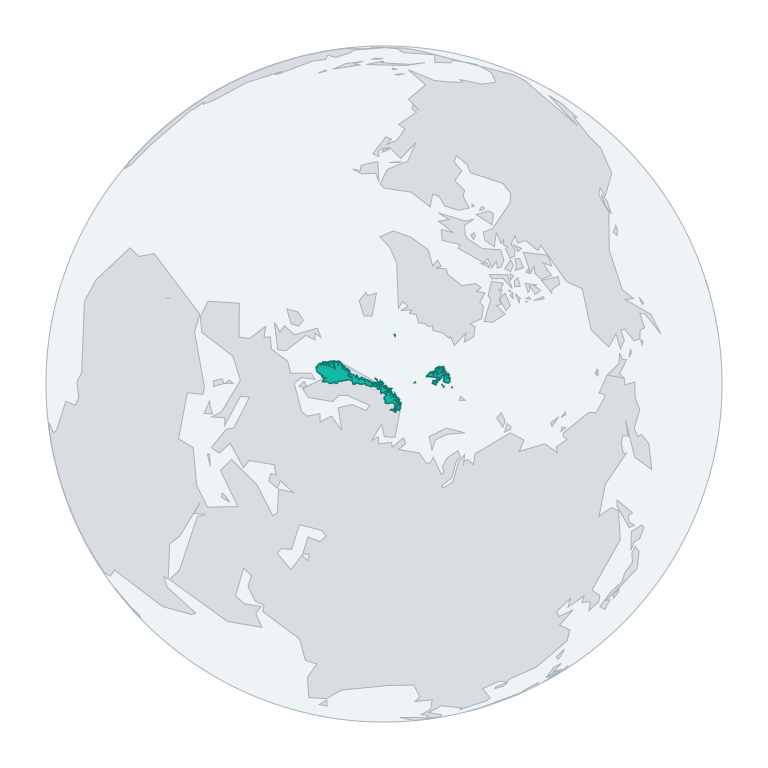 globe centered on Norway, rotated 79°
{"feature_id": "NOR", "entity_name": "Norway", "entity_type": "country or territory", "adm_level": 0, "iso_a3": "NOR", "parent_name": "Europe", "parent_adm1": "", "projection": "orthographic", "projection_center": [16.239, 69.249], "detail": "fine", "context": "on_globe", "style": "filled", "palette": "teal", "viewbox_px": 768, "rotation_deg": 79, "n_neighbors": 0, "source": "natural_earth", "source_scale": "50m", "svg_char_len": 17261}
<svg xmlns="http://www.w3.org/2000/svg" viewBox="0 0 768 768"><g transform="rotate(79 384 384)"><circle cx="384" cy="384" r="338" fill="#eef3f6" stroke="#a8b0b8"/><path d="M47.5,353.1L47.4,357.4L50.6,342.6L51.9,333.9L51.3,330.1L58.3,299.2L64.5,283.5L105.4,197.6L113.8,186.9L120.5,182.1L167.3,144.7L131.7,167.5L143.5,155.5L159.3,143.7L158.0,146.9L178.7,136.3L193.8,126.2L220.6,120.2L242.0,131.2L232.5,134.4L238.8,137.0L251.0,133.4L257.6,130.4L295.6,137.4L336.9,132.1L347.8,122.8L347.1,131.1L366.5,108.8L387.5,102.7L364.9,114.4L363.6,119.4L378.5,117.5L380.3,122.3L388.6,124.3L389.4,130.3L376.2,137.1L376.5,141.3L387.1,139.7L394.6,145.1L379.0,146.7L390.5,156.3L370.5,170.3L328.3,171.2L318.2,185.3L277.7,203.6L282.5,207.5L270.2,217.4L271.2,225.8L263.4,227.1L270.9,232.7L277.8,229.9L283.5,231.5L284.7,236.3L274.9,238.7L272.9,236.7L270.7,239.9L265.3,239.1L268.7,242.2L256.7,244.9L270.2,249.4L262.1,257.6L253.7,257.4L252.5,248.0L230.0,225.6L221.2,223.2L209.9,228.9L193.0,259.0L184.1,260.6L173.5,269.5L179.3,272.7L189.7,267.0L197.9,275.7L209.6,268.0L214.6,270.6L227.5,266.9L227.7,277.7L220.9,290.3L210.3,294.1L207.0,300.0L218.9,304.9L200.8,320.7L191.8,346.5L186.9,349.6L174.1,339.9L169.6,317.9L153.0,306.7L165.9,324.6L153.3,332.8L152.2,338.8L154.1,344.7L159.7,345.8L155.9,351.0L141.7,335.0L145.0,330.0L149.4,335.0L147.2,324.9L137.6,314.8L132.0,320.1L123.4,300.3L119.3,304.0L115.1,302.0L122.2,297.3L109.2,305.6L98.2,286.0L80.3,300.1L95.6,276.9L99.6,263.8L102.9,249.3L99.8,251.2L108.4,230.4L109.1,216.6L98.9,219.0L87.7,232.6L79.3,254.6L81.5,257.2L78.1,272.5L70.3,271.7L62.6,301.4L57.5,306.8L53.9,319.4L52.5,332.5L50.4,349.3L52.4,354.8L54.2,369.0L50.5,376.4L54.4,379.3L53.4,392.2L59.1,425.7L57.7,424.7L61.9,461.4L72.5,495.5L74.9,507.8L73.1,507.3L78.1,518.7L78.3,521.0L103.5,565.5L120.8,591.3L123.3,597.6L115.8,589.6L101.2,569.0L88.2,547.4L76.9,524.9L67.2,501.7L59.3,477.8L53.3,453.3L49.0,428.5L46.6,403.4L46.1,378.2L47.5,353.1ZM343.7,48.5L345.3,48.3L344.7,48.4L343.6,48.5L343.7,48.5ZM348.3,48.0L345.7,48.3L348.7,47.9L348.3,48.0ZM353.1,47.5L350.5,47.8L350.8,47.7L353.1,47.5ZM75.4,302.3L67.0,340.3L66.9,322.6L67.8,325.1L71.0,314.5L75.2,297.2L76.4,282.3L75.4,302.3ZM360.5,47.0L362.4,46.9L360.0,47.1L360.5,47.0ZM82.6,310.4L83.6,304.4L83.3,309.8L82.6,310.4ZM260.2,128.4L251.1,132.8L239.3,134.5L246.7,130.2L260.2,128.4ZM282.8,126.7L279.0,130.0L272.4,126.2L276.6,125.5L282.8,126.7ZM355.3,115.2L347.5,117.0L354.4,113.7L355.3,115.2ZM389.6,123.5L391.2,121.5L394.8,123.4L389.6,123.5ZM226.5,261.2L226.9,264.0L224.3,263.2L226.5,261.2ZM231.6,257.1L228.3,254.3L230.2,251.9L232.2,253.7L231.6,257.1ZM399.4,134.5L404.7,138.3L397.0,135.6L399.4,134.5ZM235.3,261.2L234.1,248.1L237.6,244.0L248.2,247.6L235.3,261.2ZM406.3,141.3L419.2,150.9L424.0,147.2L417.9,163.3L408.9,149.7L398.7,146.7L405.4,145.3L406.3,141.3ZM279.5,227.0L272.2,230.1L277.2,223.1L279.5,227.0ZM281.3,222.1L288.7,198.9L300.1,196.9L295.3,204.9L309.3,199.0L311.3,209.3L304.1,214.9L296.3,214.1L303.0,218.7L281.3,222.1ZM412.5,170.9L413.7,174.4L409.9,172.1L412.5,170.9ZM286.1,231.6L286.5,227.0L296.5,224.8L297.4,233.6L293.9,231.5L286.1,231.6ZM311.9,192.4L319.5,192.6L323.2,200.9L326.6,202.1L312.3,209.4L311.9,192.4ZM292.3,234.4L297.6,238.2L294.0,243.7L286.3,236.0L292.3,234.4ZM298.7,220.6L303.5,220.0L301.1,223.2L298.7,220.6ZM284.3,265.6L284.6,259.8L289.8,258.2L284.3,265.6ZM299.8,239.3L301.1,237.4L303.1,236.2L305.8,239.8L299.8,239.3ZM315.9,214.9L315.8,218.4L321.9,212.3L325.0,218.5L314.8,222.3L320.5,223.3L321.4,225.2L312.1,226.2L315.9,214.9ZM314.9,239.9L303.0,247.1L301.3,258.0L296.6,259.7L300.3,242.0L314.9,239.9ZM314.1,231.7L313.5,237.1L307.9,236.4L304.9,232.3L314.1,231.7ZM330.6,221.4L328.6,210.9L330.9,210.5L330.6,221.4ZM315.5,243.1L318.3,241.3L316.0,244.0L315.5,243.1ZM327.2,228.2L326.2,224.5L328.8,224.1L327.2,228.2ZM324.8,240.9L321.0,243.2L318.8,240.4L324.8,240.9ZM326.8,235.2L330.6,235.5L320.3,238.0L325.9,233.6L326.8,235.2ZM329.9,228.4L331.1,226.9L329.9,230.0L329.9,228.4ZM335.3,250.3L322.9,254.1L318.0,247.9L330.8,245.0L335.3,250.3ZM365.9,721.4L358.0,720.1L369.0,717.7L366.5,713.9L340.2,699.6L346.1,691.1L338.7,686.1L323.5,685.1L314.7,678.3L305.3,676.3L245.8,662.3L226.8,646.8L201.9,607.3L212.0,600.4L212.2,584.7L280.5,551.5L296.8,560.1L352.5,560.8L359.8,563.8L355.1,578.7L398.5,596.2L410.2,583.4L447.6,587.2L471.3,580.8L476.4,550.9L437.6,561.0L429.0,548.2L458.5,528.0L492.2,518.4L489.9,513.2L467.1,507.5L473.2,493.6L459.0,504.3L465.9,508.6L457.2,515.6L450.3,512.2L452.8,507.3L442.2,507.3L433.3,531.1L439.4,537.9L412.7,546.3L420.3,558.7L413.6,565.7L398.3,547.5L398.5,539.8L371.3,518.5L368.6,527.2L394.1,548.1L386.8,546.8L383.4,559.4L380.3,548.8L353.1,524.3L327.9,527.0L298.5,553.0L283.2,551.5L269.2,541.0L277.1,510.6L310.4,517.4L313.7,507.2L304.7,489.1L315.5,492.9L315.9,486.5L328.3,487.9L343.4,474.2L355.6,473.7L359.4,453.5L366.2,450.7L362.0,463.3L365.7,472.0L395.7,470.1L400.9,465.4L400.9,452.6L409.2,453.9L405.4,441.8L421.6,434.2L398.6,433.5L398.1,419.1L406.6,406.7L402.3,402.0L388.3,422.2L386.5,430.5L391.5,437.7L382.8,460.8L373.0,464.8L366.4,440.6L351.7,443.7L353.0,424.0L390.0,380.5L406.5,370.4L438.4,383.4L435.8,393.7L423.1,394.0L436.8,406.7L434.8,399.4L441.6,400.7L442.8,387.7L447.7,388.0L440.5,375.2L446.6,374.2L451.1,382.3L458.2,362.8L470.4,357.3L469.6,352.8L465.3,349.5L483.7,345.1L482.3,342.0L475.8,342.1L468.7,336.2L463.4,324.1L470.1,323.2L472.9,327.4L488.8,335.3L495.2,347.1L497.4,345.5L493.4,335.1L474.0,325.5L469.0,318.5L478.7,321.5L474.7,319.9L474.3,316.1L480.1,311.7L469.7,307.7L456.0,269.2L465.8,257.3L476.0,264.1L473.4,237.5L484.7,226.9L478.7,227.0L473.3,214.9L469.7,218.0L466.4,217.2L451.0,188.4L452.6,181.3L439.1,169.8L436.0,170.0L434.0,174.6L417.9,163.3L424.0,147.2L430.8,147.6L429.9,137.5L445.6,140.1L458.1,137.8L475.6,147.0L484.0,144.7L482.7,141.0L493.1,135.5L519.1,137.4L503.8,151.8L466.0,153.9L481.9,154.2L480.0,159.1L486.8,162.3L497.9,162.3L498.1,159.3L524.7,185.9L554.8,198.1L548.6,184.4L553.2,178.0L582.0,181.8L626.0,219.2L632.7,212.5L638.8,214.8L645.6,226.1L636.9,223.1L636.2,231.3L630.2,228.1L638.2,245.9L630.1,242.1L640.3,258.2L645.7,256.2L641.7,241.5L654.1,257.6L660.8,248.5L671.0,253.2L691.1,288.8L697.6,317.0L700.0,320.7L697.7,328.0L702.0,345.4L712.2,339.6L714.5,343.8L718.1,372.0L716.8,369.7L710.8,389.1L715.0,402.9L719.8,390.5L721.6,392.4L720.3,404.9L717.8,404.2L715.6,410.8L712.4,400.5L703.2,396.8L701.6,414.3L698.1,408.5L685.2,412.2L680.8,437.1L676.3,484.0L681.8,500.6L677.5,517.7L657.3,515.1L646.1,503.3L640.2,513.9L618.2,515.5L584.3,546.3L578.3,544.0L572.2,552.0L556.6,556.1L546.9,550.7L538.0,557.0L563.5,570.1L572.9,563.1L579.1,547.2L584.5,553.6L599.5,550.4L587.3,583.0L534.9,631.9L527.9,620.4L478.1,592.3L478.5,586.2L478.2,585.6L477.5,584.6L474.9,595.1L465.7,587.6L494.4,613.4L500.0,624.9L534.2,633.1L531.5,636.6L541.9,635.7L573.0,612.6L573.6,616.9L560.1,643.9L515.4,683.8L520.3,689.4L515.3,694.9L485.4,706.3L462.1,712.8L438.3,717.5L414.3,720.6L390.1,721.9L365.9,721.4ZM259.3,577.3L258.0,582.3L259.3,577.3ZM529.7,521.1L548.5,510.8L536.6,497.3L542.9,492.3L536.5,489.7L535.7,496.4L519.6,487.7L526.5,477.1L522.4,469.7L515.9,472.8L505.9,493.9L528.8,506.2L525.9,516.3L529.7,521.1ZM59.4,426.6L59.6,432.0L58.4,426.7L59.4,426.6ZM64.4,322.8L63.8,329.8L62.7,334.4L62.7,329.5L64.4,322.8ZM65.7,380.7L66.3,389.2L64.6,381.5L65.7,380.7ZM66.3,346.2L65.2,374.2L62.2,360.2L63.3,342.7L64.0,353.1L66.3,346.2ZM77.7,310.9L76.8,315.7L75.4,315.6L77.7,310.9ZM82.3,314.4L82.3,312.9L83.8,309.8L82.3,314.4ZM154.2,333.7L155.2,335.2L156.0,341.6L153.4,339.4L154.2,333.7ZM173.6,365.8L167.0,373.6L169.9,366.4L164.8,364.6L164.5,347.6L184.4,350.4L175.4,352.0L173.6,365.8ZM169.6,326.2L167.6,336.4L169.0,325.2L169.6,326.2ZM306.0,451.0L310.9,456.5L307.2,463.6L291.7,465.1L296.9,454.8L306.0,451.0ZM318.7,462.6L316.5,438.7L326.0,437.1L321.1,442.0L327.6,443.3L321.3,451.6L332.6,473.9L330.1,481.7L302.8,479.8L313.1,476.0L307.7,470.7L318.7,462.6ZM294.1,383.6L293.3,374.1L315.0,382.7L313.3,390.7L297.7,392.5L290.6,384.2L294.1,383.6ZM254.4,270.4L252.7,266.8L255.4,266.0L259.1,268.4L254.4,270.4ZM284.0,263.0L264.8,285.4L261.8,282.3L254.1,299.5L243.3,298.3L248.7,287.1L234.6,299.3L235.1,288.8L226.4,298.0L239.5,273.2L239.4,264.5L243.6,274.6L253.5,275.9L257.8,273.9L269.8,261.7L274.5,243.9L285.1,242.7L291.4,246.5L291.8,250.6L284.8,250.1L290.5,255.9L280.7,258.3L284.0,263.0ZM358.2,297.2L349.8,294.0L359.6,307.7L349.9,309.5L351.6,311.0L345.3,316.5L340.7,325.8L336.0,325.2L336.2,329.1L332.0,333.0L330.7,338.3L321.9,339.1L319.6,345.6L316.7,342.3L315.1,353.5L312.3,345.5L306.6,350.0L312.4,355.4L267.6,348.4L251.0,352.2L238.7,359.9L235.5,345.7L244.9,329.6L260.7,315.1L277.2,313.7L272.7,307.8L279.3,305.4L280.0,311.1L282.8,301.0L288.4,300.6L302.4,288.8L302.9,274.8L308.1,270.3L310.7,275.6L314.0,267.4L322.4,274.5L326.3,271.5L338.5,275.6L341.2,287.9L345.4,283.7L354.8,286.9L358.2,297.2ZM338.6,251.8L344.2,265.7L341.6,273.6L321.5,263.1L316.8,264.9L303.8,258.8L307.9,247.6L311.2,250.3L315.4,250.4L312.5,253.8L318.0,251.1L322.7,254.9L328.3,253.8L328.6,258.6L338.6,251.8ZM367.0,558.2L372.4,558.9L380.7,558.1L378.6,566.2L367.0,558.2ZM348.1,541.8L352.9,541.1L354.0,551.7L348.4,551.1L348.1,541.8ZM354.5,531.8L353.1,540.2L350.5,535.3L354.5,531.8ZM366.3,461.9L371.3,460.4L372.2,463.3L369.9,467.8L366.3,461.9ZM385.2,339.5L380.8,336.1L382.0,334.1L377.9,322.7L384.8,320.7L390.0,326.8L385.2,339.5ZM470.4,557.9L464.1,565.2L460.3,563.6L463.2,561.4L470.4,557.9ZM419.6,568.6L431.7,570.3L418.9,570.7L419.6,568.6ZM392.0,335.4L389.5,330.9L394.5,332.7L392.0,335.4ZM389.6,318.6L395.3,319.6L385.1,319.1L389.6,318.6ZM533.1,687.2L537.4,684.8L554.7,675.0L563.8,668.3L567.4,667.5L561.7,671.4L533.1,687.2ZM720.2,418.0L714.3,432.3L716.6,420.9L721.6,397.0L721.5,400.9L721.5,399.9L720.2,418.0ZM721.4,364.8L721.1,360.9L720.5,353.1L721.4,364.8ZM720.5,352.8L713.4,310.3L711.9,302.3L713.2,307.6L720.5,352.8ZM683.0,500.5L689.3,501.2L686.4,508.8L683.0,500.5ZM707.1,289.8L712.3,307.3L706.4,289.3L707.1,289.8ZM701.6,276.9L703.0,278.6L702.7,281.3L701.6,276.9ZM703.3,324.3L704.2,333.4L702.5,331.9L700.4,319.4L703.3,324.3ZM678.8,257.7L685.0,262.5L687.4,265.8L684.7,266.7L678.8,257.7ZM447.3,314.1L445.4,332.0L448.7,344.1L457.6,349.4L444.2,349.8L439.2,331.2L447.3,314.1ZM454.2,274.8L446.3,270.6L450.1,267.5L452.5,268.1L454.2,274.8ZM449.2,275.7L438.7,279.7L434.6,274.3L443.6,272.1L449.2,275.7ZM415.5,307.5L414.5,312.9L410.5,311.2L415.5,307.5ZM702.7,271.8L703.5,274.2L706.8,284.3L698.6,261.4L698.5,260.4L702.7,271.8ZM700.7,267.9L703.9,277.2L699.5,265.7L700.7,267.9ZM703.8,277.9L702.4,275.9L700.8,270.1L703.8,277.9ZM699.3,263.9L695.9,257.6L696.5,257.3L699.3,263.9ZM698.7,272.4L698.0,263.5L701.8,279.1L694.3,271.1L692.1,263.4L698.7,272.4ZM637.9,199.5L634.1,199.4L630.0,192.4L633.7,194.4L637.9,199.5ZM613.1,170.5L627.7,190.5L638.8,207.4L638.8,203.5L647.6,210.2L643.7,214.4L630.7,200.2L623.5,188.0L615.6,183.9L606.2,174.0L597.7,173.1L591.4,168.4L596.9,165.6L613.1,170.5ZM594.3,173.3L576.1,169.3L571.5,157.9L574.4,156.2L584.7,162.7L586.6,168.4L594.3,173.3ZM570.3,165.1L571.9,170.6L548.5,178.5L542.4,177.4L557.8,164.8L560.1,169.4L566.7,169.6L570.3,165.1ZM416.9,173.1L414.0,174.3L415.0,171.3L416.9,173.1ZM464.5,219.2L460.2,217.6L461.6,214.0L464.5,219.2ZM448.9,211.3L450.4,216.4L446.0,211.3L448.9,211.3ZM454.1,228.0L449.6,218.6L457.9,227.1L454.1,228.0Z" fill="#d9dde1" stroke="#a8b0b8" stroke-width="1"/><path d="M394.2,384.8L392.2,385.1L392.7,386.1L392.0,387.9L392.7,388.3L392.1,389.0L388.5,388.0L388.2,388.2L388.2,390.1L387.7,391.5L386.4,390.7L385.2,392.0L384.8,393.6L383.7,394.8L384.4,396.9L382.1,400.3L382.2,401.3L380.0,402.3L380.1,404.3L379.7,407.2L377.4,411.4L378.5,412.1L378.4,414.3L375.1,414.7L373.4,416.9L372.8,418.7L373.2,420.4L372.8,422.8L373.2,424.6L372.6,427.9L374.5,430.2L373.9,431.8L372.7,432.1L373.4,435.4L373.0,437.4L371.3,438.7L370.4,440.2L370.6,442.0L370.0,444.0L367.7,442.3L367.2,441.1L367.3,438.9L365.6,443.2L364.6,443.4L363.8,442.4L364.0,443.2L359.0,447.4L355.3,447.6L355.0,446.8L354.1,447.0L354.4,446.1L352.7,445.1L351.4,442.9L351.9,441.3L353.2,442.3L354.2,441.7L353.3,441.9L352.8,440.9L353.2,439.8L354.8,438.5L351.3,440.3L350.7,439.8L351.6,437.5L354.4,436.9L353.1,436.5L354.6,434.5L355.8,433.7L355.6,435.2L356.4,433.7L357.3,433.3L354.7,433.9L351.1,437.4L351.8,434.9L353.2,434.9L352.1,434.3L351.9,432.8L353.6,431.7L352.0,431.7L352.1,429.3L357.2,429.6L357.8,430.8L357.9,430.0L359.6,429.5L358.9,428.9L359.3,428.2L358.3,429.6L356.8,428.7L356.1,429.5L352.6,428.5L352.5,427.1L353.5,426.9L352.6,425.4L352.8,424.5L355.6,425.5L357.7,425.4L353.7,424.3L353.4,423.7L353.6,422.9L355.4,422.0L356.7,422.3L358.1,421.9L356.5,422.0L357.3,420.9L360.5,421.8L360.9,421.6L360.5,421.0L362.1,420.9L358.4,420.4L359.2,419.3L361.0,418.6L362.4,418.8L363.6,420.4L362.6,418.4L363.9,417.5L363.3,416.5L364.0,416.0L365.4,416.2L365.4,417.0L366.9,416.2L367.6,417.7L369.6,417.4L369.6,416.5L371.3,415.6L370.9,415.0L371.7,414.4L370.7,414.4L370.2,414.8L370.5,415.3L370.2,415.7L367.8,417.0L366.6,415.7L369.6,411.8L372.5,409.7L371.6,410.0L372.2,408.7L373.9,407.7L374.7,408.2L375.8,406.8L374.5,407.7L373.9,407.1L375.5,403.5L376.3,403.2L375.7,402.3L378.8,401.3L376.6,401.6L376.5,400.4L376.9,399.2L378.7,398.4L378.0,397.7L379.1,396.5L382.1,396.1L379.9,395.6L381.1,393.8L382.5,395.2L382.8,394.2L381.8,393.7L381.9,392.7L380.7,393.2L380.8,392.5L381.6,391.5L382.6,391.7L381.9,391.1L383.5,390.0L384.2,392.1L384.0,391.4L384.3,390.8L383.9,389.5L386.8,388.8L384.6,388.2L386.5,386.6L387.1,384.8L387.9,384.5L387.8,383.5L388.2,382.6L389.5,383.5L388.9,382.5L391.0,380.5L391.0,382.8L391.6,380.4L392.3,379.6L392.4,381.6L392.0,383.2L393.3,382.1L392.8,381.1L392.9,379.8L394.5,379.1L395.6,380.0L395.2,378.7L394.2,377.8L396.7,376.7L398.3,378.8L398.2,377.3L399.3,375.7L399.9,374.4L399.5,373.7L400.3,372.5L402.4,373.3L401.7,375.0L401.4,377.0L401.6,377.7L403.7,372.5L404.2,372.8L404.0,373.9L404.3,375.4L405.0,374.7L405.2,373.3L405.8,372.8L405.0,372.1L405.6,371.1L407.2,371.5L407.2,372.4L406.6,373.4L407.3,373.3L407.7,375.8L408.2,372.0L410.1,372.9L410.7,372.4L411.2,373.3L412.9,374.1L411.8,375.6L408.9,376.2L410.7,376.8L411.2,378.1L412.0,378.1L412.1,377.2L412.7,377.9L413.5,377.3L413.8,378.0L413.7,378.8L412.3,378.5L412.4,379.7L411.2,380.8L410.7,382.6L410.2,381.7L410.8,379.8L410.2,378.7L407.0,377.0L404.7,378.3L404.0,379.8L403.8,382.3L404.0,384.0L402.7,386.5L400.2,385.6L399.2,386.7L397.2,386.5L395.2,383.4L394.1,383.8L394.2,384.8ZM384.0,320.7L385.7,322.1L385.8,322.7L385.6,324.5L386.3,323.2L386.8,324.2L386.7,325.2L388.1,326.3L388.9,326.0L389.1,326.2L388.8,326.7L389.9,328.0L388.0,328.9L387.5,330.3L387.4,332.0L386.7,332.4L386.5,335.3L385.8,336.1L385.2,338.1L385.3,338.6L385.0,339.5L385.1,340.4L384.6,340.9L381.6,337.0L381.1,335.4L385.0,333.8L384.8,333.2L381.3,333.9L380.9,332.4L381.6,332.5L383.5,330.7L384.6,330.5L385.1,330.2L384.2,329.7L384.6,328.7L383.0,329.8L382.9,329.2L383.0,328.1L382.6,328.9L382.2,328.4L381.9,328.6L381.9,329.7L382.1,330.2L380.3,331.1L378.5,326.8L379.7,326.9L379.2,326.5L379.2,325.7L379.4,325.1L379.3,324.9L378.4,325.8L378.1,323.5L378.3,322.8L378.2,322.1L379.8,322.5L379.8,322.0L381.4,321.7L381.6,322.3L380.1,323.3L380.9,323.4L381.5,324.8L381.7,323.3L382.5,322.3L383.5,325.8L384.1,326.9L383.6,322.7L384.0,320.7ZM387.4,318.1L390.2,320.4L390.1,318.3L390.6,317.9L390.9,318.1L390.9,319.5L392.0,318.4L394.6,319.1L395.3,320.5L394.2,323.6L392.5,325.1L391.0,324.5L391.2,324.0L388.2,323.8L387.7,323.2L388.8,322.2L386.6,322.3L386.1,321.3L386.7,320.7L385.7,320.1L387.1,320.2L387.3,319.9L386.9,319.0L387.5,319.5L387.5,319.0L387.3,318.2L387.4,318.1ZM388.7,329.7L390.8,328.9L391.3,330.9L392.7,331.2L392.4,332.2L394.8,333.2L392.5,336.4L392.0,336.2L392.2,334.8L390.0,335.5L389.9,334.9L390.7,332.7L389.8,332.0L389.1,330.5L389.1,330.0L388.7,329.7ZM383.0,388.1L384.1,386.2L384.7,387.1L383.4,389.0L379.7,390.2L382.2,387.7L382.6,386.2L382.4,385.2L383.8,383.9L383.1,385.3L383.3,387.0L383.0,388.1ZM386.6,381.9L387.8,383.1L387.6,384.3L385.2,385.0L385.5,384.6L385.6,383.3L386.3,383.2L386.0,382.6L386.6,381.9ZM390.1,379.0L390.8,379.3L389.2,381.9L387.7,381.9L389.0,380.8L389.8,378.0L390.1,379.0ZM378.0,327.4L378.8,329.9L379.0,331.1L378.0,329.6L377.6,327.0L378.0,327.4ZM381.5,385.4L382.2,386.7L381.8,387.7L380.0,387.1L380.9,386.7L381.5,385.4ZM397.9,373.9L396.9,375.7L395.2,375.2L397.1,374.7L397.9,373.9ZM398.4,375.5L397.9,377.0L397.2,376.6L398.3,375.1L398.4,375.5ZM377.6,390.3L379.4,389.8L377.4,391.2L377.6,390.3ZM339.1,364.0L336.6,364.6L338.6,363.6L339.1,364.0ZM401.1,317.4L399.3,318.4L401.2,317.3L401.1,317.4ZM397.7,325.6L399.1,325.7L397.2,326.4L397.7,325.6ZM401.3,372.2L402.5,371.6L402.9,371.9L401.3,372.2ZM399.2,375.3L398.9,375.5L398.5,374.7L399.0,374.5L399.2,375.3ZM393.1,378.0L392.9,378.9L392.3,378.6L392.8,377.9L393.1,378.0ZM388.6,352.9L388.5,353.8L388.0,353.1L388.6,352.9ZM396.4,327.4L395.7,327.4L395.6,327.1L396.4,327.4ZM371.0,408.6L371.3,409.5L370.2,409.2L371.0,408.6ZM390.7,377.8L391.3,378.2L391.7,378.7L391.1,378.9L390.7,377.8ZM386.5,319.2L386.3,319.5L385.9,319.3L386.0,318.9L386.5,319.2ZM364.6,415.5L363.3,415.4L364.7,415.1L364.6,415.5ZM362.5,417.4L362.0,417.2L361.8,416.8L362.6,416.6L362.5,417.4ZM377.1,391.4L376.4,392.2L377.1,390.9L377.1,391.4ZM351.6,433.1L351.3,434.1L351.4,432.7L351.6,433.1ZM375.4,401.9L374.6,402.6L375.0,401.8L375.4,401.9ZM411.8,377.4L411.3,377.9L411.3,377.1L411.8,377.4ZM375.5,403.1L374.8,403.2L375.7,403.0L375.5,403.1ZM373.4,404.5L373.4,405.2L373.1,404.9L373.4,404.5ZM352.0,429.0L351.6,429.0L351.8,428.4L352.0,428.4L352.0,429.0Z" fill="#14b8a6" stroke="#0f766e" stroke-width="1.5"/></g></svg>